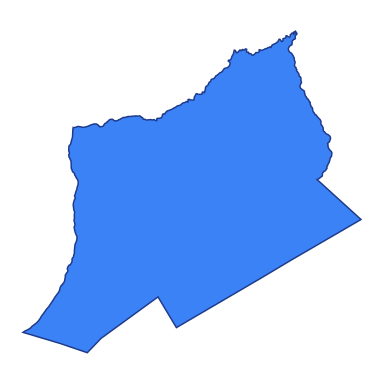 the district of Capitán Sarmiento, Buenos Aires, Argentina
{"feature_id": "61730980B51809222363415", "entity_name": "Capitán Sarmiento", "entity_type": "district", "adm_level": 2, "iso_a3": "ARG", "parent_name": "Argentina", "parent_adm1": "Buenos Aires", "projection": "robinson", "projection_center": [-59.868, -34.142], "detail": "fine", "context": "isolated", "style": "filled", "palette": "blue", "viewbox_px": 384, "rotation_deg": 0, "n_neighbors": 0, "source": "geoboundaries", "source_scale": "gbopen_adm2", "svg_char_len": 5784}
<svg xmlns="http://www.w3.org/2000/svg" viewBox="0 0 384 384"><path d="M361.0,219.5L317.0,179.5L319.1,178.6L319.6,178.0L320.7,177.4L321.2,176.7L322.1,176.3L322.4,175.4L322.5,173.3L322.8,172.7L323.8,171.6L325.0,171.0L325.8,170.1L327.0,168.3L326.8,166.4L327.6,165.8L327.8,164.6L329.1,162.5L329.9,159.8L330.1,158.2L331.4,156.5L331.6,155.5L331.9,152.7L331.3,151.5L329.6,149.8L328.9,148.9L328.2,147.0L327.9,146.0L328.1,145.1L327.7,144.2L327.6,143.4L329.0,142.3L329.5,141.5L329.9,140.7L330.0,139.8L330.5,138.9L330.5,137.8L330.2,136.7L329.5,135.8L328.3,134.8L327.4,134.3L326.2,133.9L324.4,131.7L323.6,131.3L323.3,130.5L323.2,128.5L322.9,127.3L322.4,126.2L321.0,124.3L320.9,121.1L320.3,119.9L316.9,116.2L316.3,115.1L314.9,114.3L313.9,112.4L313.1,111.7L312.7,110.2L312.6,108.8L312.1,107.5L311.0,106.5L310.9,105.6L310.1,104.0L310.3,102.6L310.0,102.1L309.3,101.6L309.0,100.7L308.0,99.1L307.2,98.7L306.2,96.8L305.2,95.6L304.8,93.4L304.4,92.7L304.4,91.2L302.8,89.9L301.8,89.3L300.4,88.0L300.0,86.5L300.1,85.1L301.4,82.8L301.3,81.4L300.8,80.3L301.0,78.2L300.5,77.0L299.2,76.2L298.9,73.9L298.2,73.0L297.7,72.0L296.9,71.5L296.6,70.4L296.8,69.6L296.2,69.1L296.1,68.1L295.9,67.4L295.0,66.9L294.8,66.3L294.5,65.8L294.7,63.7L295.1,62.9L295.0,61.7L294.2,59.4L294.2,57.8L293.6,57.0L293.1,55.7L291.5,53.2L291.0,53.0L289.2,51.7L288.3,49.2L288.4,48.3L288.9,47.6L289.2,46.4L291.0,45.2L291.7,45.0L292.2,43.4L292.0,41.8L292.2,41.2L292.8,40.5L293.6,39.5L294.9,39.1L295.4,38.2L295.1,36.4L295.3,35.7L296.0,35.1L296.3,34.5L296.9,34.1L296.7,33.8L296.4,33.6L296.7,33.4L296.8,33.1L296.6,32.9L295.9,33.0L295.8,32.5L295.9,32.1L295.3,32.1L295.3,31.3L293.7,32.2L293.7,32.6L294.2,33.9L294.0,34.1L293.8,34.2L293.5,34.0L292.6,33.1L292.4,33.0L291.9,33.1L291.6,33.7L290.3,34.7L290.2,35.3L290.4,36.0L290.0,36.8L289.4,37.2L288.5,36.9L287.1,35.9L286.2,35.7L285.9,36.2L286.0,37.1L285.8,37.8L285.2,38.1L284.0,38.3L282.9,38.9L283.1,40.4L282.5,41.3L281.7,41.5L281.2,41.2L280.9,40.4L279.8,39.2L278.9,39.5L278.5,40.6L278.0,41.4L276.2,43.0L274.0,44.2L273.0,44.5L272.0,45.2L271.1,47.4L270.1,46.8L268.9,47.5L267.6,47.8L266.6,48.6L265.3,48.7L263.5,49.8L261.5,50.4L259.7,49.7L259.1,49.9L259.1,50.4L259.4,50.9L259.4,51.4L259.2,51.9L258.8,52.2L257.1,52.6L255.9,52.6L254.6,54.2L252.8,55.3L251.7,54.8L251.4,54.2L250.9,53.8L248.7,53.3L248.6,52.6L248.3,52.2L248.0,52.1L247.4,52.2L246.5,52.0L246.5,50.8L246.7,49.8L246.6,49.2L245.6,48.9L245.3,49.0L244.6,49.8L244.2,49.9L243.4,49.9L242.8,49.5L242.4,49.5L242.2,49.6L241.9,50.4L241.5,50.7L241.2,50.7L240.3,50.0L239.9,50.0L239.3,50.4L239.1,50.9L238.7,51.4L237.8,52.2L237.0,52.7L236.5,52.7L235.3,50.6L234.7,50.2L234.3,50.1L234.1,50.5L234.1,51.0L233.4,53.7L233.1,54.5L232.0,56.3L231.3,58.5L230.7,59.7L229.5,60.2L229.1,60.1L228.5,60.3L228.2,60.9L228.3,61.2L228.8,61.4L229.2,61.7L229.8,62.4L230.1,63.1L230.0,64.2L229.1,66.3L227.7,67.4L227.0,67.8L225.5,68.1L224.2,68.6L222.7,70.9L221.5,72.1L220.6,72.6L220.1,72.6L217.6,74.9L215.8,75.9L214.9,77.5L214.3,78.2L212.6,79.1L212.0,79.1L211.3,79.5L210.9,80.2L210.9,80.7L210.6,81.5L210.3,81.7L209.4,82.1L208.6,83.4L208.3,84.5L207.9,85.1L207.4,85.7L206.2,86.3L205.8,86.9L205.4,88.0L205.3,89.7L204.6,91.7L204.5,92.6L204.0,92.6L203.3,92.0L202.3,92.2L202.0,94.1L201.8,94.2L198.2,94.4L196.9,93.7L196.4,93.7L196.1,93.9L194.2,97.4L194.1,99.7L193.6,100.0L192.4,100.0L189.7,99.8L189.3,99.3L188.1,99.5L188.0,100.0L188.1,101.3L187.8,102.0L187.4,101.6L186.6,101.5L184.9,102.5L183.0,103.0L182.4,103.3L180.6,104.9L179.7,105.4L177.5,105.8L175.6,107.2L175.0,107.6L174.4,107.7L171.9,109.3L169.5,110.2L167.6,110.8L166.6,111.4L165.2,113.1L164.8,113.9L164.3,114.1L164.2,113.9L163.6,113.9L162.9,114.1L162.6,114.4L161.7,117.6L159.8,118.2L157.2,118.4L156.8,119.0L156.7,120.6L156.0,120.7L155.6,120.6L154.6,119.9L153.9,119.6L152.1,120.0L150.7,119.5L149.4,119.8L148.2,119.8L147.0,120.0L145.7,119.8L144.9,119.2L143.8,119.3L143.3,119.1L143.0,118.8L143.0,118.5L142.6,117.7L141.6,117.3L140.5,116.3L139.8,115.9L137.6,116.1L135.7,115.9L133.9,116.2L132.6,116.1L131.0,116.5L128.1,116.5L126.6,116.9L126.2,117.0L125.8,117.4L125.0,117.5L123.5,117.4L117.7,120.4L116.0,120.9L114.6,120.9L113.8,120.4L113.0,119.5L112.5,119.3L111.6,119.4L111.0,119.2L110.7,119.4L109.4,119.8L108.5,120.8L106.9,122.1L106.9,122.5L104.8,123.6L104.3,124.2L103.4,125.9L103.2,126.1L101.9,126.6L99.6,126.8L99.2,126.0L98.5,125.6L98.0,124.9L96.4,124.0L95.7,123.9L93.9,124.0L91.5,124.7L87.8,126.3L84.2,127.3L83.4,127.3L81.2,127.0L78.2,126.4L77.6,126.5L76.3,127.1L75.1,127.4L73.7,127.7L73.2,127.5L73.2,128.0L72.9,128.9L72.5,136.6L72.2,138.3L71.8,139.4L70.6,144.0L70.0,145.0L69.3,145.4L68.9,146.7L68.7,150.9L69.3,152.4L69.4,153.5L68.7,154.8L68.9,155.6L69.1,157.1L69.2,157.5L69.8,158.2L70.2,159.5L70.9,160.6L71.0,161.2L71.2,164.6L71.2,167.7L71.4,168.9L72.0,169.6L72.2,170.9L72.6,171.7L74.3,173.3L74.6,173.9L74.8,175.2L75.3,175.7L75.8,177.0L77.8,180.1L78.2,181.8L78.1,184.6L77.1,187.3L76.8,189.4L76.0,191.2L75.8,192.3L75.4,193.1L75.3,194.5L74.5,195.6L75.1,197.6L75.3,198.4L74.6,199.3L73.5,202.7L73.2,204.8L73.8,209.7L74.7,212.2L74.3,214.7L74.3,217.1L74.6,217.8L74.0,219.9L74.2,221.3L75.0,224.2L74.8,225.7L74.1,227.0L74.4,228.9L75.2,232.4L76.4,235.4L77.1,236.6L76.8,239.9L75.7,243.2L75.2,243.9L75.0,244.9L74.4,250.3L74.4,253.0L73.7,255.4L73.4,257.1L72.4,258.1L72.0,259.2L72.1,260.4L71.9,262.0L70.2,265.0L69.2,265.0L67.9,266.8L67.4,268.2L67.3,269.0L67.9,270.5L67.5,272.0L66.5,273.1L66.1,274.0L65.6,274.4L65.3,275.4L65.3,276.9L64.6,280.8L64.0,282.3L62.6,284.0L62.1,285.2L61.5,285.2L61.0,286.0L60.2,287.5L59.5,290.5L58.6,292.2L54.9,297.2L53.6,299.4L48.6,306.9L46.8,308.8L45.9,310.0L43.3,313.8L41.4,316.2L40.5,318.0L38.4,320.9L36.9,322.6L31.8,326.5L30.8,327.8L28.7,329.2L24.7,331.2L23.0,332.4L59.6,343.3L87.3,352.7L101.0,338.4L158.0,296.9L176.4,327.6L262.7,277.1L291.5,259.9L361.0,219.5Z" fill="#3b82f6" stroke="#1e3a8a" stroke-width="1.5"/></svg>